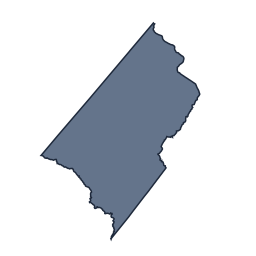 outline of Guarantã do Norte, Mato Grosso, Brazil, rotated 306°
{"feature_id": "56859067B35045654175735", "entity_name": "Guarantã do Norte", "entity_type": "district", "adm_level": 2, "iso_a3": "BRA", "parent_name": "Brazil", "parent_adm1": "Mato Grosso", "projection": "mercator", "projection_center": [-54.654, -9.78], "detail": "fine", "context": "isolated", "style": "filled", "palette": "slate", "viewbox_px": 256, "rotation_deg": 306, "n_neighbors": 0, "source": "geoboundaries", "source_scale": "gbopen_adm2", "svg_char_len": 5199}
<svg xmlns="http://www.w3.org/2000/svg" viewBox="0 0 256 256"><g transform="rotate(306 128 128)"><path d="M129.1,79.6L105.9,77.7L81.1,75.7L54.7,73.8L55.1,74.5L55.3,75.4L55.5,76.0L55.2,77.0L54.9,77.9L55.0,78.8L55.4,79.3L55.7,80.0L56.2,80.1L56.3,81.1L56.4,82.1L56.6,82.7L56.8,83.5L57.1,84.2L57.7,84.9L57.9,85.5L58.1,86.6L58.7,87.0L59.4,87.3L60.0,87.9L60.4,88.5L59.8,89.2L59.2,89.4L58.9,90.4L58.1,91.0L57.6,91.7L58.2,92.1L58.1,92.8L58.1,93.4L58.2,94.1L58.8,94.9L59.0,95.9L58.8,97.0L59.2,97.8L58.9,98.8L59.0,99.6L59.9,100.5L59.8,101.1L59.8,101.7L60.0,102.4L60.0,103.1L60.4,103.6L60.5,104.2L60.6,104.9L61.3,105.3L61.9,105.7L62.0,106.3L62.5,106.7L62.3,107.4L62.4,108.0L61.7,108.7L61.3,109.2L61.0,109.8L61.1,111.1L61.1,111.7L60.4,113.5L60.3,114.1L60.1,114.7L59.8,115.7L60.4,116.7L59.4,117.1L59.6,117.8L59.4,118.4L58.9,119.1L59.1,119.9L58.5,120.7L58.3,122.1L58.2,122.6L57.8,123.1L57.7,123.7L57.6,124.5L56.9,125.2L56.8,126.5L56.6,127.1L56.1,127.7L56.1,128.3L56.4,129.1L56.5,129.8L56.9,130.8L56.9,131.7L56.4,132.5L56.1,133.5L55.9,134.3L55.4,135.4L54.6,136.2L53.8,136.0L53.3,136.1L52.4,136.6L51.8,137.2L51.3,137.6L50.7,137.9L50.4,138.6L50.3,139.3L49.7,139.4L49.1,138.8L48.4,138.8L48.1,139.5L47.7,140.1L47.1,140.6L46.4,140.5L45.6,140.2L45.1,140.8L45.8,141.4L45.8,142.2L45.7,143.1L45.8,143.8L45.5,144.6L45.7,145.1L45.6,145.7L45.5,146.3L45.1,146.9L44.5,147.4L43.8,147.6L43.5,148.4L44.0,149.1L44.7,149.4L45.5,149.9L45.8,149.3L46.3,149.6L46.2,150.5L46.5,151.3L47.0,151.6L47.3,152.5L47.4,153.2L47.1,154.1L47.3,155.1L46.6,156.0L46.6,156.9L46.6,157.7L46.4,158.5L45.9,159.2L45.2,159.5L45.5,160.2L46.1,160.6L46.6,161.1L47.0,161.6L47.3,162.2L47.5,162.9L47.6,163.7L48.3,164.0L49.0,163.9L49.1,164.6L49.5,165.3L49.1,165.8L48.5,165.3L47.5,165.7L46.5,166.3L46.1,167.0L46.3,167.9L46.6,168.4L46.6,169.2L46.4,170.1L45.7,170.4L45.0,170.4L44.2,170.3L43.8,171.0L43.9,171.8L43.1,172.2L42.0,172.4L41.1,172.2L40.7,173.0L39.8,173.1L39.4,173.9L39.3,174.8L38.7,175.3L38.2,175.9L38.1,176.5L37.4,176.8L36.5,177.1L36.2,177.7L35.3,177.4L34.7,178.0L33.8,178.4L33.0,178.0L32.2,178.3L31.4,178.3L30.7,178.3L30.0,178.6L29.1,179.4L52.5,180.6L54.7,180.7L57.0,180.8L58.3,180.8L64.5,180.9L67.7,181.0L71.6,181.1L75.1,181.2L75.7,181.2L82.9,181.4L86.6,181.6L89.4,181.7L92.1,181.7L94.9,181.8L97.7,181.8L100.5,181.9L103.2,181.9L105.7,182.0L108.2,182.0L111.0,182.1L113.4,182.1L115.7,182.2L118.1,182.2L118.4,181.4L118.7,180.8L119.3,180.4L118.9,179.5L118.9,178.8L119.3,178.4L119.8,178.0L120.2,177.5L120.5,177.0L121.0,176.5L121.0,175.8L120.5,175.0L121.6,174.3L121.0,173.8L120.8,173.0L121.4,172.4L122.2,172.5L122.5,171.7L123.1,171.1L123.5,170.5L123.9,169.9L124.1,169.0L124.2,167.8L124.8,167.5L125.9,168.3L126.6,168.4L127.4,168.3L128.2,168.5L129.4,168.5L130.2,168.3L130.8,168.4L131.5,168.0L132.0,167.2L132.1,166.4L132.5,165.7L133.9,165.4L134.7,165.2L136.2,165.0L136.8,165.0L137.5,164.9L138.4,164.8L139.1,165.0L139.8,164.5L140.3,164.9L140.9,165.0L141.4,164.8L142.3,164.8L143.2,164.7L143.9,164.4L144.2,165.1L144.4,165.9L144.9,166.6L145.2,167.1L145.6,168.1L146.5,167.8L147.0,168.2L146.8,169.3L147.7,168.6L148.4,168.9L148.8,169.6L149.9,169.7L151.0,169.9L151.9,169.8L152.7,170.0L153.4,169.7L154.0,169.0L154.5,169.4L155.1,170.1L155.5,170.5L156.3,170.7L157.3,171.1L157.9,171.1L158.6,170.8L159.2,170.4L160.0,170.4L160.6,170.3L161.5,170.1L162.1,169.9L162.9,170.0L163.9,170.4L164.6,170.1L165.0,169.7L165.7,170.1L166.4,170.6L167.1,170.6L168.0,170.3L168.7,169.7L169.5,169.1L170.4,168.7L171.2,168.2L171.7,168.5L171.8,169.4L172.9,169.5L173.5,169.1L174.2,168.8L174.8,168.7L175.4,168.7L177.1,168.5L177.8,168.4L178.4,168.7L179.3,168.2L180.0,168.3L180.6,168.6L181.3,168.2L182.7,168.3L182.9,167.5L183.3,167.0L184.3,166.4L184.9,166.7L185.3,167.2L185.9,167.7L187.2,167.4L187.7,167.2L189.4,166.8L190.3,166.7L191.2,167.3L191.8,167.3L192.8,166.5L193.4,166.3L194.6,166.3L195.6,166.4L197.2,166.3L197.7,166.0L198.4,165.0L198.8,164.4L199.3,163.9L199.9,162.9L200.2,162.4L200.4,161.8L200.7,161.3L201.1,160.4L201.6,159.5L202.0,158.9L202.5,158.2L202.8,157.6L203.3,156.8L203.1,149.8L203.0,149.1L203.0,147.7L202.8,144.3L202.6,138.4L202.9,137.7L202.9,136.9L202.5,136.2L202.5,135.5L203.2,134.6L203.5,134.1L204.1,133.5L205.0,133.0L206.1,132.2L206.7,132.3L207.3,132.5L208.0,132.6L209.0,132.5L209.7,132.6L210.6,132.9L211.3,133.2L211.9,133.4L212.5,133.5L213.3,133.7L213.9,133.7L214.6,133.5L215.4,133.1L216.5,132.7L217.3,132.2L217.7,131.6L218.1,130.7L218.2,129.9L217.9,128.6L218.1,127.9L218.1,127.1L218.0,126.0L218.4,124.7L218.2,124.0L217.8,123.4L217.6,122.8L217.7,122.1L218.2,121.4L218.7,120.0L219.1,119.5L219.7,118.9L220.2,118.6L220.9,118.3L221.5,117.4L221.4,116.5L221.5,115.8L221.4,115.2L221.0,114.3L220.7,113.7L220.5,112.9L220.4,111.9L220.2,111.3L220.1,110.5L220.0,109.3L219.9,108.4L219.7,107.4L219.7,106.7L219.8,106.0L219.9,105.3L220.1,104.6L220.4,103.9L220.7,103.4L221.1,103.0L222.0,102.1L222.3,101.6L222.4,101.0L222.0,99.7L221.8,98.9L221.6,98.4L221.4,97.7L221.3,96.4L221.1,95.8L221.0,94.9L221.2,94.0L221.2,93.1L221.5,92.4L222.0,91.7L222.1,90.9L222.9,90.3L223.5,90.0L224.1,90.0L224.9,89.8L225.3,89.2L225.7,88.5L226.5,88.6L227.9,88.4L227.7,87.6L227.9,86.8L191.2,84.1L190.7,84.1L129.1,79.6ZM29.1,179.4L28.5,179.1L28.1,179.7L29.1,179.4Z" fill="#64748b" stroke="#1e293b" stroke-width="1.5"/></g></svg>